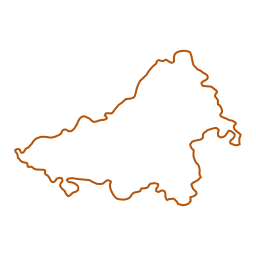 Kirawsk, Mogilev, Belarus
{"feature_id": "67162791B61593564131840", "entity_name": "Kirawsk", "entity_type": "district", "adm_level": 2, "iso_a3": "BLR", "parent_name": "Belarus", "parent_adm1": "Mogilev", "projection": "robinson", "projection_center": [29.561, 53.344], "detail": "fine", "context": "isolated", "style": "outline", "palette": "amber", "viewbox_px": 256, "rotation_deg": 0, "n_neighbors": 0, "source": "geoboundaries", "source_scale": "gbopen_adm2", "svg_char_len": 4382}
<svg xmlns="http://www.w3.org/2000/svg" viewBox="0 0 256 256"><path d="M189.6,52.0L188.2,51.5L186.0,50.9L184.6,50.8L182.7,50.9L180.4,51.2L179.1,51.5L177.2,52.2L176.0,53.0L174.6,54.7L174.0,56.9L173.9,58.6L173.9,59.4L174.1,61.0L173.2,62.2L171.3,62.8L169.4,61.9L168.7,61.3L166.1,59.7L164.7,60.2L163.1,61.1L160.8,60.8L159.1,60.1L157.4,60.6L156.5,62.0L156.4,63.4L154.5,65.0L152.9,66.3L151.4,68.0L149.8,69.9L148.3,71.8L147.3,73.5L146.8,74.6L144.0,77.2L141.7,79.5L140.2,80.7L139.1,82.9L137.9,85.1L137.1,87.6L136.4,89.8L136.0,91.9L135.3,94.4L134.6,96.5L133.4,97.7L130.2,98.7L128.2,98.8L125.9,99.1L124.4,100.4L121.8,102.8L118.6,104.9L116.9,107.0L115.0,109.3L113.3,111.7L111.8,113.3L109.5,113.3L107.8,113.2L105.7,113.5L104.8,115.5L106.2,116.6L106.9,118.2L105.8,119.2L103.6,119.9L101.7,120.0L99.5,120.4L97.3,121.2L95.6,121.7L94.0,121.8L93.1,121.7L91.8,120.8L90.5,119.5L89.3,118.5L86.6,117.2L84.4,116.3L82.7,116.4L81.4,117.1L79.9,118.4L78.9,120.0L78.0,121.7L77.2,123.8L75.7,126.3L74.6,128.1L72.7,130.2L71.1,131.1L69.6,131.3L68.6,131.2L68.1,130.9L66.6,129.9L65.8,129.5L64.4,129.5L62.7,130.3L61.9,131.5L61.3,133.3L60.0,134.4L58.4,135.3L55.4,136.6L52.6,137.4L50.3,137.6L47.7,137.2L45.1,136.8L41.3,136.8L38.6,137.6L36.0,138.7L33.2,141.4L31.8,143.8L30.2,145.4L29.1,146.8L28.2,147.6L26.8,148.2L25.4,149.1L24.6,150.8L23.3,152.5L22.2,152.8L21.0,152.3L20.3,151.0L19.6,149.5L18.2,149.0L16.9,149.2L15.4,149.9L15.4,151.6L17.2,153.8L17.7,155.7L17.9,158.0L19.0,158.7L20.2,160.3L22.0,161.9L24.0,162.4L25.9,162.7L27.3,163.4L27.5,164.9L27.7,166.6L29.1,166.9L30.9,166.7L32.0,167.0L33.2,168.0L34.3,168.9L36.6,169.5L38.6,169.6L43.8,169.8L45.1,170.5L45.1,171.1L45.0,173.5L45.9,174.7L47.3,175.2L48.9,177.1L49.6,178.3L50.2,179.7L51.6,181.7L52.9,182.2L54.5,181.6L55.5,180.6L56.6,178.8L59.1,177.8L61.9,178.4L62.5,180.6L61.9,181.9L60.9,182.9L60.2,184.6L60.3,186.3L61.6,188.2L63.1,189.6L64.5,190.7L65.2,191.9L65.7,193.4L67.7,195.9L69.5,195.8L70.4,195.0L72.3,193.2L72.9,192.7L75.7,191.7L77.2,190.9L78.3,189.5L78.2,186.9L77.2,185.3L75.0,183.7L73.2,182.8L70.5,182.2L68.5,181.9L66.9,180.2L67.8,178.7L72.1,178.1L76.0,178.7L77.9,179.1L82.0,179.4L84.3,179.7L88.2,179.9L90.0,180.3L91.8,181.5L94.3,182.7L96.8,183.8L100.6,184.0L102.8,183.6L105.0,181.9L106.9,180.3L109.0,180.5L110.8,181.4L110.7,182.9L109.9,184.1L110.1,185.4L110.0,186.9L110.9,190.0L112.1,192.5L113.1,194.5L115.0,197.0L116.7,198.5L119.4,199.3L122.9,199.6L125.3,199.5L128.3,198.5L129.7,197.5L130.9,196.1L132.1,194.1L133.6,192.8L136.8,192.0L138.4,191.8L140.2,191.0L140.6,190.0L141.5,188.4L143.5,188.4L147.0,187.8L148.4,186.5L148.9,185.3L150.5,183.7L154.2,183.2L156.5,183.5L158.1,184.1L158.3,185.1L157.8,186.3L157.1,187.6L156.3,188.7L156.2,191.1L158.4,192.0L159.9,191.3L162.1,190.3L164.5,191.2L165.4,193.3L165.4,196.5L166.1,198.8L167.1,200.0L169.1,199.1L173.8,198.7L177.2,202.0L177.9,203.9L182.6,205.2L186.2,204.7L188.5,203.6L190.6,201.3L190.4,197.2L194.3,196.0L196.6,194.0L196.2,192.0L193.2,189.0L192.0,186.4L191.4,184.4L192.8,182.9L196.4,181.0L198.8,179.3L200.8,177.1L199.7,174.9L199.4,173.5L199.7,170.6L199.3,167.4L198.1,164.6L196.2,162.9L194.8,160.1L193.5,156.2L193.5,153.8L193.7,150.3L191.7,148.4L190.3,145.6L190.3,144.1L192.4,141.5L195.1,140.7L198.4,140.0L200.5,139.6L202.7,138.1L203.0,136.0L203.2,133.7L204.6,132.4L206.0,131.5L207.4,130.3L209.9,129.3L214.8,128.0L216.5,128.0L218.7,129.8L218.0,132.9L218.0,134.9L218.5,136.3L220.8,137.5L223.4,136.9L225.4,135.6L226.8,133.3L228.0,131.7L228.9,130.7L231.3,131.3L234.7,134.1L234.5,136.4L233.1,138.5L230.8,140.3L230.1,141.9L230.5,143.4L234.2,144.9L236.5,145.3L239.6,144.4L239.3,141.5L239.4,138.1L240.1,136.6L240.6,134.8L239.6,133.6L236.6,131.3L234.6,129.5L234.0,127.7L233.8,126.5L234.1,125.7L235.3,124.5L235.8,123.8L235.7,122.7L234.3,121.8L232.3,120.7L230.7,120.4L229.4,120.1L228.0,119.5L226.1,118.5L223.2,117.4L221.5,116.7L220.4,115.6L220.3,114.6L221.2,113.2L222.0,112.1L222.1,111.1L221.7,109.1L221.2,107.9L220.5,106.7L219.9,105.5L218.0,104.4L217.8,102.7L218.1,101.4L217.7,99.9L216.4,98.0L215.0,96.4L215.1,95.2L215.9,93.6L216.7,92.7L217.0,91.6L216.2,90.4L214.6,89.2L213.3,88.3L212.3,87.3L210.3,86.5L207.1,86.3L204.9,86.1L202.6,85.7L201.7,84.1L201.5,82.8L202.9,81.5L204.2,80.9L206.3,79.7L207.5,78.6L207.8,77.1L207.2,75.4L205.8,74.1L202.8,72.6L201.3,71.2L197.1,69.0L195.7,67.3L194.1,65.9L193.0,64.0L192.6,61.6L192.0,59.0L191.8,57.3L191.1,55.1L190.1,52.2L189.6,52.0Z" fill="none" stroke="#b45309" stroke-width="2"/></svg>